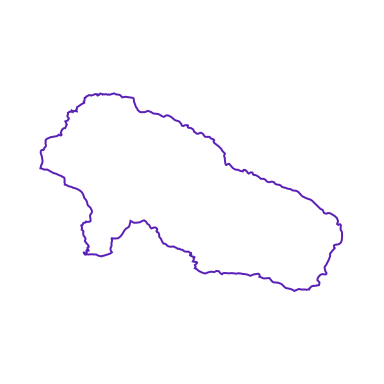 La Peña, Cundinamarca, Colombia (Natural Earth projection), rotated 281°
{"feature_id": "7082276B76802469415044", "entity_name": "La Peña", "entity_type": "district", "adm_level": 2, "iso_a3": "COL", "parent_name": "Colombia", "parent_adm1": "Cundinamarca", "projection": "natural_earth1", "projection_center": [-74.408, 5.202], "detail": "fine", "context": "isolated", "style": "outline", "palette": "violet", "viewbox_px": 384, "rotation_deg": 281, "n_neighbors": 0, "source": "geoboundaries", "source_scale": "gbopen_adm2", "svg_char_len": 5995}
<svg xmlns="http://www.w3.org/2000/svg" viewBox="0 0 384 384"><g transform="rotate(281 192 192)"><path d="M110.1,99.1L110.8,100.9L110.9,102.2L111.8,105.7L111.9,107.1L112.3,109.3L112.3,110.3L111.7,111.7L111.5,115.2L112.3,116.3L112.4,117.1L115.7,123.1L117.5,124.9L118.6,123.7L120.5,122.8L121.9,122.8L123.6,123.3L126.5,122.7L129.2,122.8L130.8,122.0L131.4,122.2L131.4,124.1L132.2,127.5L132.8,128.5L134.5,130.1L136.9,131.4L142.1,133.3L143.5,134.3L144.9,135.9L145.9,136.7L147.0,137.0L151.9,137.2L150.9,140.2L150.8,141.3L151.2,143.1L152.2,146.3L154.9,149.9L155.0,150.5L154.1,152.6L152.4,154.1L151.3,156.4L149.6,157.6L148.5,159.0L149.7,161.2L150.2,162.4L150.0,163.5L149.2,164.8L148.1,165.0L147.0,164.6L146.4,164.8L146.0,165.4L146.0,166.2L145.3,167.1L143.7,168.0L142.5,168.1L141.7,168.5L140.0,170.6L138.2,171.7L136.0,173.7L136.0,175.4L135.7,176.5L134.5,178.1L134.1,179.7L134.3,182.1L134.9,183.7L134.9,184.5L134.1,187.6L133.5,188.7L133.9,190.5L133.3,191.9L133.4,193.6L132.3,195.8L132.3,197.4L132.8,200.0L132.0,201.5L131.9,202.7L130.4,203.2L130.1,203.0L130.1,202.2L129.5,202.1L128.8,204.2L128.7,206.4L128.4,206.9L128.0,206.9L127.3,206.2L125.8,206.7L124.0,206.1L123.9,207.6L124.1,209.5L123.8,210.4L122.8,210.3L120.8,208.7L119.2,209.9L117.7,209.3L117.2,211.2L115.7,213.9L114.7,218.0L114.5,219.8L114.8,221.1L115.9,222.7L117.1,225.0L117.6,227.5L117.6,229.0L119.0,230.9L119.4,232.7L119.1,233.9L118.2,234.6L117.6,235.5L117.0,237.1L118.2,238.0L118.8,239.7L119.1,243.2L120.0,246.6L120.3,251.2L121.2,253.2L121.1,254.3L121.4,255.6L121.1,257.2L121.4,258.0L121.5,261.9L120.9,265.3L122.9,268.3L124.4,272.6L124.2,273.4L123.5,274.1L122.6,274.5L121.6,274.4L121.7,274.9L120.9,278.3L120.9,279.2L122.3,284.4L119.6,287.6L119.0,288.7L118.9,289.6L119.4,293.5L118.9,296.7L118.5,297.9L117.1,299.8L115.7,302.3L115.6,307.6L115.1,309.6L114.4,311.3L117.2,315.4L117.1,318.0L117.9,321.7L117.9,323.3L118.7,325.0L118.7,325.6L119.9,325.7L120.1,326.1L121.8,327.0L122.4,327.8L123.1,329.1L123.2,330.3L123.7,331.7L124.3,332.5L124.4,333.5L124.8,334.4L126.6,334.5L127.8,334.2L129.4,331.9L130.0,331.8L132.3,332.1L135.0,333.7L136.0,335.0L136.3,335.8L136.5,338.6L136.9,339.3L137.5,339.5L138.1,339.5L139.5,338.2L142.1,336.9L143.8,336.5L146.3,337.7L152.0,339.3L155.3,339.8L157.7,339.3L161.9,341.4L163.9,342.8L164.3,342.8L164.7,342.2L165.9,341.6L166.9,341.7L167.3,342.2L168.7,345.9L169.8,347.1L170.9,347.8L172.8,348.2L175.9,348.0L179.6,347.3L181.2,346.9L183.5,345.0L187.8,344.5L188.6,343.5L188.5,343.0L187.6,341.9L188.1,340.7L188.9,340.5L190.1,340.9L191.3,340.9L194.1,339.2L195.8,336.4L197.5,331.6L197.3,329.4L196.5,328.3L196.3,327.7L196.6,325.6L199.4,323.6L199.8,321.6L200.4,320.6L206.2,311.8L207.0,310.2L207.7,305.3L208.7,301.6L209.2,300.5L212.2,296.5L212.7,295.4L213.0,293.7L212.8,290.1L213.5,288.8L213.6,287.7L213.5,285.4L213.9,283.3L214.1,279.4L215.2,278.0L215.7,276.5L215.5,274.1L215.8,272.2L217.1,270.8L217.4,269.6L217.3,267.7L216.5,266.5L216.2,264.9L216.9,263.1L218.1,261.6L218.4,260.8L218.5,259.3L218.1,257.0L219.7,254.4L220.5,252.1L220.8,250.7L220.5,249.8L220.8,248.8L221.0,248.5L222.3,247.9L222.7,247.2L222.5,246.0L220.9,244.2L221.2,243.4L222.6,242.0L223.7,240.2L223.6,238.6L223.3,238.3L222.3,238.3L221.9,237.8L221.9,235.8L222.3,233.9L222.6,233.3L222.3,230.5L222.9,228.4L223.6,227.1L226.7,223.2L226.6,222.5L225.1,220.6L225.2,220.0L226.3,219.3L231.7,217.6L233.5,216.7L234.0,216.6L236.0,217.0L238.1,214.0L239.8,212.6L241.6,210.1L244.4,204.5L245.7,203.5L247.0,203.9L247.6,203.3L248.3,200.0L249.2,199.2L249.4,198.5L248.7,194.4L249.1,193.7L251.1,191.7L251.8,190.0L251.7,189.0L250.3,186.8L250.2,185.4L251.3,183.5L251.4,182.7L253.0,181.7L253.9,180.7L254.6,178.6L254.4,176.4L254.7,175.6L255.4,175.3L256.3,175.4L256.7,175.2L256.3,172.6L255.1,170.8L255.1,169.9L255.4,169.3L256.8,168.4L258.6,166.2L258.9,165.2L259.3,161.5L261.6,157.4L262.5,154.8L262.5,152.7L262.1,151.9L260.5,150.3L260.4,149.3L260.8,147.8L261.5,146.2L262.1,143.9L261.7,139.0L262.8,136.1L263.2,133.1L261.5,130.7L260.8,127.8L260.6,125.8L262.1,123.1L263.6,122.1L264.7,120.8L269.7,117.8L272.3,117.1L272.9,116.4L273.1,115.7L272.8,108.6L271.6,105.4L273.1,103.4L273.5,102.6L273.5,100.9L273.3,99.1L273.9,96.9L273.5,95.8L271.7,92.5L271.9,91.7L271.4,90.7L271.6,89.3L271.3,87.7L271.0,87.2L271.0,85.9L270.6,85.6L271.0,84.7L271.1,83.2L270.6,82.7L269.4,82.1L268.7,80.9L268.8,80.6L269.7,79.8L269.8,79.9L269.8,78.7L267.6,75.0L267.4,74.2L267.6,73.4L267.3,72.1L266.3,71.1L265.5,70.0L264.4,69.7L264.0,68.7L261.3,69.0L261.0,68.8L260.3,69.0L259.9,68.5L258.9,69.1L257.4,67.1L253.3,63.0L252.5,62.9L251.5,63.2L250.7,62.6L249.2,63.5L249.1,60.7L247.8,59.9L248.9,58.8L249.1,58.3L247.7,58.1L247.6,56.8L246.1,55.1L244.6,55.5L242.8,55.1L242.1,55.6L240.9,57.0L240.3,57.1L239.1,56.4L238.5,56.4L237.2,54.2L235.9,55.2L234.6,55.7L234.4,56.2L230.5,55.3L230.2,54.1L228.6,52.6L227.4,52.2L226.4,52.3L225.6,51.9L224.9,51.9L223.7,52.9L223.0,53.0L222.4,52.3L222.8,50.2L222.0,49.7L221.0,48.6L218.9,42.9L216.6,39.5L215.3,38.6L214.3,38.4L213.7,38.8L211.7,38.9L210.6,39.5L208.9,39.8L207.1,38.7L204.9,38.2L204.5,36.5L204.1,36.1L203.3,35.8L202.2,35.9L201.0,36.2L198.3,37.8L193.9,39.4L191.8,39.5L189.2,38.8L186.3,38.7L186.3,40.6L185.8,42.6L186.4,45.7L184.1,52.6L184.0,55.1L183.1,58.4L182.8,60.9L182.2,61.7L181.9,63.4L181.4,64.0L179.6,64.7L177.3,64.9L176.0,65.6L175.0,65.7L174.7,68.3L174.3,69.0L174.0,70.5L174.1,72.7L173.4,74.7L173.4,76.8L172.7,79.9L171.8,82.2L171.1,83.4L169.4,85.2L167.2,86.6L166.0,87.0L163.7,89.8L161.8,91.0L159.6,91.9L159.0,92.4L157.2,95.3L154.6,97.3L154.0,97.5L152.4,97.5L150.3,96.6L149.2,96.4L145.3,97.8L143.9,97.9L143.2,96.9L142.7,95.0L142.7,93.6L141.7,93.3L141.0,91.3L138.7,90.8L138.4,90.5L138.3,89.8L138.0,89.7L135.9,90.9L134.0,90.9L133.2,92.4L132.5,93.0L130.9,93.0L128.7,93.7L127.2,95.4L126.1,96.3L125.4,96.4L123.4,96.2L121.6,98.1L120.4,99.8L118.9,101.1L118.4,101.1L117.6,100.1L117.0,100.0L115.1,101.6L114.7,101.7L114.6,101.3L114.7,99.7L114.1,99.5L113.0,100.2L112.2,100.2L111.8,99.9L111.5,99.2L112.0,97.8L112.0,97.4L111.8,97.3L111.3,97.6L110.1,99.1Z" fill="none" stroke="#5b21b6" stroke-width="2"/></g></svg>